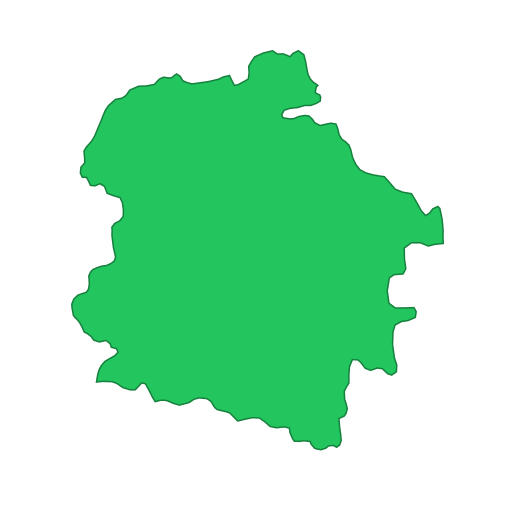 the district of Dzyatlava, Grodno, Belarus, rotated 82°
{"feature_id": "67162791B37208014069458", "entity_name": "Dzyatlava", "entity_type": "district", "adm_level": 2, "iso_a3": "BLR", "parent_name": "Belarus", "parent_adm1": "Grodno", "projection": "mercator", "projection_center": [25.377, 53.437], "detail": "fine", "context": "isolated", "style": "filled", "palette": "green", "viewbox_px": 512, "rotation_deg": 82, "n_neighbors": 0, "source": "geoboundaries", "source_scale": "gbopen_adm2", "svg_char_len": 3446}
<svg xmlns="http://www.w3.org/2000/svg" viewBox="0 0 512 512"><g transform="rotate(82 256 256)"><path d="M269.7,68.8L263.9,68.3L257.0,67.2L246.5,66.6L239.9,66.9L234.4,67.4L232.2,69.1L233.9,74.3L237.7,78.2L239.6,82.3L234.1,86.2L227.8,88.4L221.7,90.9L215.9,93.4L213.2,101.9L209.3,108.8L199.7,114.9L195.3,117.9L193.9,122.9L191.7,129.5L188.9,135.8L185.1,141.0L179.3,144.4L172.1,146.6L163.8,147.4L159.2,148.5L155.3,151.5L152.5,154.6L147.6,156.8L141.5,157.3L136.5,158.4L134.9,163.4L135.2,168.6L135.7,174.4L132.1,179.4L128.6,181.0L124.7,184.1L123.6,188.2L123.9,194.5L125.2,199.2L125.0,203.3L122.8,210.2L119.5,210.8L115.6,207.8L114.5,201.7L114.8,194.0L113.7,187.1L114.5,180.7L113.2,174.8L111.5,170.8L107.5,169.9L105.3,170.5L103.8,173.1L102.2,174.6L96.9,172.7L95.7,171.0L93.8,172.9L91.9,175.1L88.3,177.6L83.4,179.2L77.6,179.6L70.2,179.8L63.3,180.6L58.6,185.5L60.5,191.2L63.4,194.5L61.6,197.4L59.7,200.7L59.0,206.7L55.1,211.0L56.0,220.5L57.2,224.7L58.6,229.6L63.3,233.9L67.2,236.9L73.6,237.3L79.7,239.0L81.4,243.3L84.0,250.2L84.0,253.7L78.0,255.8L73.6,257.1L74.1,263.2L75.8,268.7L76.7,279.1L76.7,287.7L76.7,295.5L74.4,300.6L72.2,304.1L67.5,306.1L64.7,309.2L66.1,312.2L67.8,314.7L67.5,317.9L66.1,322.5L67.1,326.5L69.1,329.4L71.9,332.5L72.4,341.1L71.5,348.4L74.1,357.9L78.8,362.2L81.0,366.5L81.4,373.4L86.6,381.2L90.9,385.0L94.7,387.3L100.4,390.5L108.2,395.2L114.8,399.1L119.5,402.9L123.1,407.1L124.7,409.0L128.3,411.8L134.6,412.0L139.9,412.6L143.7,417.0L149.5,418.4L153.9,417.0L154.5,412.9L159.2,411.2L163.0,410.1L164.1,405.7L162.7,400.5L166.0,396.3L173.2,394.7L176.5,388.6L179.3,382.5L184.5,380.9L192.0,380.9L198.3,382.0L202.2,386.1L204.1,391.4L207.4,394.7L210.4,394.9L215.9,395.8L227.8,396.0L237.4,395.2L241.0,396.9L243.2,400.5L244.6,405.4L244.6,410.1L245.4,414.8L246.8,419.5L249.0,422.2L252.6,424.4L254.3,424.4L260.9,425.0L265.8,426.6L268.3,429.1L269.1,433.3L270.0,437.9L273.3,442.4L278.0,445.1L281.8,445.4L289.3,445.1L291.8,443.7L294.2,441.8L297.0,440.1L302.0,438.2L307.5,436.6L309.1,434.1L312.7,430.5L316.8,428.3L319.3,423.1L318.8,416.2L322.6,412.6L326.2,412.0L328.4,407.1L332.0,406.0L335.0,409.5L337.5,415.9L339.4,420.3L342.8,424.2L346.3,426.9L351.0,429.1L358.6,431.5L358.6,430.1L358.9,424.8L360.4,416.2L362.7,411.7L367.8,406.1L371.1,399.0L371.7,394.2L365.7,386.8L367.2,383.2L376.7,379.7L381.4,378.2L386.2,376.1L385.6,370.5L386.2,366.0L387.4,363.4L390.4,358.3L393.0,352.7L392.4,347.3L391.8,342.6L389.2,337.2L388.6,331.9L390.4,324.5L393.6,320.9L400.4,317.9L402.8,315.6L406.4,306.4L407.9,303.7L416.8,297.1L416.1,289.9L415.6,282.1L416.9,275.2L421.2,270.5L426.8,265.7L429.0,259.3L429.0,255.0L429.4,250.7L431.2,246.9L435.7,246.9L442.0,245.2L444.7,243.9L445.6,238.9L445.6,234.5L447.2,228.2L450.0,227.6L454.7,224.6L456.9,218.8L456.1,213.8L454.1,210.5L454.4,205.8L456.6,202.8L454.9,199.5L450.5,197.3L444.5,197.0L436.8,197.0L428.5,196.5L426.8,190.9L424.3,188.7L419.9,186.8L414.4,187.4L410.3,188.2L402.3,187.4L398.2,184.6L394.9,181.8L392.1,181.3L386.0,180.5L378.6,178.8L372.0,175.0L373.1,169.4L376.1,167.0L382.4,163.4L385.2,158.4L383.8,151.5L385.2,146.6L391.0,141.9L392.8,138.2L390.2,133.1L383.8,131.8L376.0,133.1L362.7,133.1L350.2,130.9L343.7,127.9L341.1,121.0L341.1,114.5L339.0,106.8L333.4,105.1L329.1,106.8L328.2,115.4L326.9,125.3L321.3,130.9L308.8,130.9L296.3,127.0L293.7,121.9L294.2,112.8L289.4,109.4L279.5,109.4L268.8,108.1L264.5,100.3L265.8,91.3L270.1,84.0L269.3,77.1L269.7,68.8L269.7,68.8Z" fill="#22c55e" stroke="#15803d" stroke-width="1.5"/></g></svg>